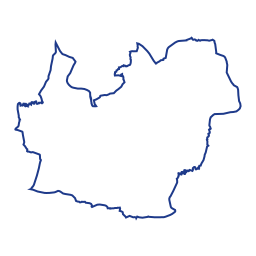 the district of Non Thai, Nakhon Ratchasima, Thailand
{"feature_id": "78962969B14753651258608", "entity_name": "Non Thai", "entity_type": "district", "adm_level": 2, "iso_a3": "THA", "parent_name": "Thailand", "parent_adm1": "Nakhon Ratchasima", "projection": "mercator", "projection_center": [102.011, 15.192], "detail": "fine", "context": "isolated", "style": "outline", "palette": "blue", "viewbox_px": 256, "rotation_deg": 0, "n_neighbors": 0, "source": "geoboundaries", "source_scale": "gbopen_adm2", "svg_char_len": 5732}
<svg xmlns="http://www.w3.org/2000/svg" viewBox="0 0 256 256"><path d="M30.6,189.2L33.0,189.7L37.6,191.5L44.5,192.9L46.4,193.0L49.5,192.9L54.2,192.4L55.3,192.1L58.0,190.9L59.0,191.0L60.4,191.6L63.1,193.5L65.3,194.0L70.5,194.8L72.3,195.4L75.1,198.2L75.7,200.1L76.0,200.4L76.1,201.0L77.8,201.6L79.1,201.7L80.0,202.4L81.0,202.2L81.9,201.7L82.5,201.9L85.0,201.8L85.7,202.7L89.6,203.2L91.1,203.9L91.9,205.3L91.6,206.6L92.0,207.0L97.3,204.7L99.7,204.5L104.8,205.3L106.1,205.8L107.4,207.0L107.7,208.3L110.0,208.2L110.1,208.6L110.7,208.6L112.0,208.3L113.8,208.3L114.9,208.0L117.1,208.0L117.7,207.7L119.2,207.8L119.8,207.6L120.1,208.4L119.7,210.9L121.5,211.4L122.7,212.2L123.0,214.2L125.5,216.6L126.0,217.5L129.6,215.9L133.2,217.3L134.9,217.1L135.6,217.5L136.1,217.4L136.3,218.1L137.2,216.6L139.1,217.3L142.5,217.7L147.6,216.9L148.2,216.5L148.7,216.8L154.9,217.3L163.8,217.2L165.6,216.7L170.3,214.9L172.2,213.9L174.9,211.9L175.3,211.1L175.1,210.0L172.1,208.3L171.3,207.7L170.8,206.8L169.3,199.9L169.3,198.5L169.8,197.1L170.5,196.3L173.3,190.9L177.0,182.9L177.2,182.2L177.1,179.9L176.8,178.8L177.7,178.0L178.1,176.9L178.5,176.6L178.5,175.3L178.8,175.2L178.9,174.9L178.4,173.3L178.8,173.1L179.7,174.1L180.4,173.6L180.9,174.4L181.4,174.5L181.6,173.9L182.1,173.6L181.8,173.3L181.3,173.3L181.2,172.9L181.6,172.6L181.7,172.0L182.4,171.9L183.6,172.6L183.3,173.0L183.4,173.3L183.9,173.5L184.5,174.0L184.9,174.0L185.1,173.6L184.7,172.9L186.3,172.2L186.4,171.9L185.3,171.4L185.0,171.0L184.2,170.8L184.2,170.4L184.4,170.1L185.1,170.1L186.3,171.0L187.1,170.5L188.4,171.2L188.9,171.0L188.9,170.4L189.6,169.9L192.4,170.9L193.0,169.7L192.8,169.1L192.9,168.1L194.0,167.1L194.8,167.0L195.2,167.4L195.5,168.9L196.0,169.4L197.1,168.9L197.5,168.2L198.9,168.8L199.2,167.9L198.8,166.8L199.2,166.5L199.3,165.8L200.7,165.6L201.4,163.6L203.5,160.1L204.5,156.5L204.7,154.8L205.7,152.5L207.1,146.5L208.3,145.7L207.3,144.5L207.4,141.4L206.9,139.8L207.4,139.5L207.1,138.2L207.3,137.4L208.4,136.6L208.8,136.0L208.9,135.4L208.6,135.1L208.4,133.8L209.2,133.6L209.6,133.0L209.5,132.4L209.8,132.1L209.7,131.7L209.0,129.7L209.6,129.1L210.4,129.0L210.7,128.7L210.1,126.8L209.4,125.7L209.4,124.7L210.0,119.4L210.7,117.3L213.3,114.9L214.6,114.1L223.4,113.8L230.4,112.2L233.3,112.0L236.4,111.4L238.5,109.8L239.8,108.5L240.6,106.1L240.2,103.4L239.1,101.1L238.4,95.3L238.1,89.7L237.7,88.3L237.2,87.1L233.7,85.2L233.3,84.4L232.4,83.5L231.1,81.6L226.7,72.5L227.3,65.0L226.7,62.2L226.7,61.6L225.3,57.9L224.7,56.9L223.5,56.0L220.2,54.9L216.2,53.3L216.2,51.7L215.2,44.1L214.7,42.9L214.3,40.8L212.6,39.7L212.0,40.0L209.2,40.7L207.5,40.3L203.8,40.1L200.9,40.2L200.1,40.7L198.6,39.9L198.2,40.4L197.3,40.8L196.7,40.4L196.4,40.6L195.9,40.4L195.7,40.0L194.8,39.4L193.1,39.8L192.2,38.9L192.1,38.3L191.6,37.9L191.4,38.3L190.8,38.3L189.9,38.8L186.6,40.0L186.4,40.1L186.4,40.4L178.8,41.0L177.4,41.4L175.2,42.5L168.7,47.2L167.8,48.3L167.2,49.6L165.7,57.9L163.5,58.7L163.3,59.9L160.7,60.3L159.6,61.3L156.8,62.8L156.4,63.4L155.9,63.6L153.7,60.8L149.3,53.6L147.3,51.1L142.5,46.2L138.9,43.8L137.3,43.4L137.7,45.4L137.6,46.8L137.9,47.7L136.7,51.2L133.8,51.3L132.6,51.2L131.3,51.3L130.0,51.8L130.4,52.5L130.4,53.0L129.8,54.8L130.1,56.3L130.6,57.2L130.4,59.1L130.9,59.8L130.8,62.1L130.5,63.8L129.8,65.0L128.4,65.3L127.4,66.1L126.1,66.4L125.8,66.3L125.8,65.9L123.7,65.3L123.5,66.2L122.2,66.0L120.5,67.2L119.0,67.4L119.1,68.0L119.0,69.0L118.5,69.0L118.4,68.8L118.0,69.1L117.5,70.0L116.5,70.4L116.3,71.7L115.0,72.2L115.0,73.6L114.7,74.0L114.9,75.5L118.6,75.3L120.7,75.9L121.1,74.6L122.1,74.1L122.2,76.2L123.1,76.3L123.4,77.5L123.4,79.5L123.7,79.8L124.5,82.3L122.6,84.2L121.3,86.7L118.3,89.2L116.3,90.6L113.8,93.2L110.0,93.6L108.7,94.4L106.6,95.2L104.8,95.0L100.6,95.7L100.3,95.9L100.0,97.0L99.4,97.6L96.3,99.4L93.9,100.3L94.7,104.2L95.3,104.8L96.2,106.2L95.4,106.3L92.9,106.2L92.2,105.5L91.5,103.4L91.6,103.2L91.2,101.3L91.1,98.9L90.8,99.0L90.3,97.0L90.6,96.9L90.2,95.5L90.1,92.6L89.0,91.1L87.0,90.0L84.4,89.0L81.2,88.6L77.8,88.6L73.3,87.7L71.8,87.2L70.6,86.4L68.9,84.8L67.7,83.2L67.0,81.5L66.9,80.3L67.7,76.4L70.2,73.1L73.5,65.4L75.2,62.6L75.5,61.6L72.7,57.9L69.3,56.9L65.5,55.1L62.8,54.2L62.2,53.8L60.0,51.0L55.7,42.6L55.5,44.5L55.9,52.0L55.3,53.2L53.3,55.1L52.9,55.9L52.6,58.6L51.0,66.2L50.6,70.1L48.5,76.2L48.5,78.4L48.1,79.3L46.0,81.8L44.0,86.6L41.1,90.5L39.0,94.2L40.2,95.7L40.7,96.5L41.5,98.7L42.0,100.8L42.8,102.4L42.7,102.7L42.3,103.0L41.8,102.4L41.6,103.1L41.2,102.9L41.1,102.6L39.7,102.7L39.2,103.2L38.7,102.9L38.1,103.6L37.1,103.9L36.3,102.6L36.0,102.5L36.1,102.1L35.8,102.1L35.7,101.9L36.0,101.7L35.9,101.4L34.5,102.0L34.8,102.6L34.0,103.3L34.2,103.7L34.0,103.8L33.8,103.7L33.7,103.1L32.7,102.4L32.4,102.5L32.3,102.2L31.6,102.2L31.4,102.5L31.7,103.0L31.8,103.4L31.2,104.0L31.1,104.6L30.8,104.4L30.6,103.8L29.4,103.5L29.2,104.0L28.8,104.3L28.8,104.6L28.5,105.3L28.1,105.0L27.9,105.4L27.4,105.2L27.4,105.6L27.2,105.7L26.6,104.7L26.2,105.5L26.6,106.0L25.9,105.8L25.8,106.1L25.5,106.3L25.2,106.2L25.1,105.5L24.4,105.3L24.8,104.1L25.3,104.0L25.2,103.8L24.6,103.8L23.8,104.5L23.7,104.4L23.6,103.7L23.4,103.7L22.9,104.6L22.9,105.3L22.5,105.6L21.3,105.3L20.6,105.6L20.5,105.0L20.2,104.6L20.6,103.9L20.5,103.6L20.3,103.3L19.8,103.4L19.3,102.9L18.9,103.1L17.9,104.1L17.6,106.5L17.6,109.3L18.8,115.9L18.7,117.1L19.9,119.5L19.5,119.6L19.5,121.3L19.1,122.4L18.6,125.6L18.2,126.5L15.8,128.5L15.4,129.2L15.4,129.5L15.7,129.7L17.6,130.0L22.1,131.6L22.5,132.0L22.9,134.9L24.2,141.7L24.2,142.5L23.5,144.6L25.0,146.2L26.5,148.6L27.3,149.3L27.1,151.2L27.7,151.6L28.8,151.6L31.0,152.4L32.8,152.1L33.4,152.3L39.5,154.5L39.9,155.0L40.1,159.0L40.8,159.8L40.8,160.7L40.4,161.2L39.8,163.6L38.9,168.1L36.9,175.6L33.9,184.8L32.9,186.5L31.8,187.6L31.1,189.0L30.6,189.2Z" fill="none" stroke="#1e3a8a" stroke-width="2"/></svg>